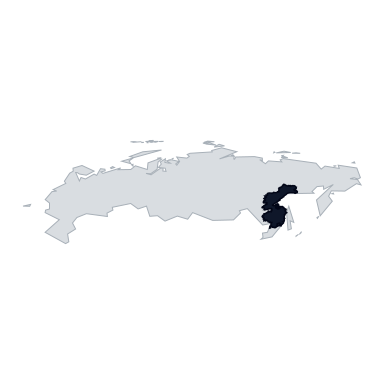 Russia, with Khabarovsk highlighted
{"feature_id": "RUS-2614", "entity_name": "Khabarovsk", "entity_type": "Territory", "adm_level": 1, "iso_a3": "RUS", "parent_name": "Russia", "parent_adm1": "", "projection": "robinson", "projection_center": [136.924, 54.6], "detail": "fine", "context": "in_parent", "style": "filled", "palette": "ink", "viewbox_px": 384, "rotation_deg": 0, "n_neighbors": 0, "source": "natural_earth", "source_scale": "10m", "svg_char_len": 9463}
<svg xmlns="http://www.w3.org/2000/svg" viewBox="0 0 384 384"><path d="M272.0,236.9L261.0,239.2L263.0,237.4L262.5,233.1L267.4,232.3L271.1,223.4L262.7,225.0L247.3,208.6L239.4,210.7L240.5,213.0L233.5,219.9L212.7,220.4L192.6,212.6L187.7,219.2L177.3,216.1L165.0,221.1L157.5,215.7L149.8,216.3L146.5,206.1L138.1,208.9L130.7,203.5L112.3,207.3L112.9,210.1L107.0,213.1L107.4,216.5L86.4,213.7L76.9,217.5L72.5,223.0L75.6,229.0L67.6,234.0L68.8,241.8L65.6,243.6L45.1,232.3L59.3,219.7L45.1,212.6L45.6,210.1L49.5,209.0L49.5,203.0L45.2,199.6L52.0,191.6L56.7,191.1L53.1,189.6L65.8,183.4L64.4,181.2L69.7,173.2L73.2,171.2L73.0,168.2L82.0,165.5L94.1,171.1L86.3,175.2L79.3,174.0L77.5,172.7L75.7,172.5L79.4,181.0L81.0,177.5L85.4,179.0L94.1,174.1L96.7,175.4L100.5,168.7L104.9,169.2L105.2,170.8L101.0,171.9L102.9,173.4L120.7,167.9L118.4,169.7L130.8,169.5L135.4,165.8L147.3,169.5L148.0,162.9L159.7,158.6L161.7,159.1L158.1,162.0L157.1,169.2L150.7,173.7L146.0,173.4L151.1,174.8L160.4,168.3L163.1,168.0L162.9,171.0L166.0,171.4L165.2,168.2L158.4,167.4L161.3,164.1L160.3,162.0L165.4,158.8L164.9,162.4L169.1,163.2L170.4,163.2L166.3,160.9L171.4,159.8L178.8,161.4L175.7,164.0L176.8,165.2L179.6,161.5L176.7,157.0L186.9,158.1L189.3,156.4L187.2,154.5L190.0,153.3L212.2,151.9L211.7,150.5L221.6,147.8L236.8,151.7L219.5,158.9L229.4,156.0L234.2,156.2L233.8,158.8L234.0,159.2L234.6,159.2L235.8,157.0L254.4,156.6L262.3,158.1L262.4,160.5L259.7,159.7L265.4,163.7L268.5,160.9L281.8,161.9L280.2,159.9L283.1,158.6L316.0,163.2L321.2,169.1L325.0,166.1L339.2,168.4L338.2,165.2L356.8,168.0L360.4,177.7L357.9,179.0L354.2,177.7L350.0,178.7L357.5,179.6L361.0,184.9L356.4,183.7L344.9,191.1L331.3,190.9L328.6,196.2L332.3,201.2L320.2,215.8L316.5,200.0L333.3,184.5L323.7,189.3L323.4,186.0L317.0,186.6L312.0,191.5L314.0,193.2L286.8,193.7L272.5,205.0L285.9,209.3L283.4,223.0L272.0,236.9ZM161.5,150.0L133.9,157.6L129.7,156.5L142.8,151.8L161.5,150.0ZM288.8,206.2L293.8,222.4L290.1,220.8L291.4,228.8L288.0,230.1L286.6,212.2L288.8,206.2ZM121.7,161.2L133.4,157.9L129.0,160.9L130.9,163.7L121.7,161.2ZM276.2,152.9L284.0,151.2L290.7,152.5L276.2,152.9ZM209.3,142.7L216.0,145.1L205.5,144.0L209.3,142.7ZM207.7,141.1L214.4,141.7L204.0,142.3L207.7,141.1ZM219.1,144.3L224.5,145.9L214.1,147.1L219.1,144.3ZM292.1,153.2L296.0,152.8L300.2,153.3L292.1,153.2ZM23.0,206.1L30.6,204.4L29.7,206.3L23.0,206.1ZM136.9,142.0L141.4,141.7L132.5,142.4L136.9,142.0ZM283.5,156.3L287.8,157.8L281.1,157.4L283.5,156.3ZM114.5,167.5L111.1,168.6L110.5,167.8L112.6,166.6L114.5,167.5ZM145.4,141.5L149.6,141.2L151.1,141.5L145.4,141.5ZM158.3,141.4L155.7,142.2L153.2,141.9L154.4,141.4L158.3,141.4ZM161.9,141.6L158.8,141.5L163.6,141.3L161.9,141.6ZM133.0,164.3L133.0,166.1L131.6,164.8L133.0,164.3ZM207.2,143.1L204.2,143.6L202.9,142.9L207.2,143.1ZM148.7,140.6L153.7,140.4L151.4,140.9L148.7,140.6ZM354.9,163.1L352.3,162.8L354.3,161.8L354.9,163.1ZM133.8,141.6L136.5,141.8L130.5,141.8L133.8,141.6ZM160.3,157.9L157.1,158.2L160.4,157.8L160.3,157.9ZM232.9,154.7L233.9,155.8L231.8,155.2L232.9,154.7ZM336.4,165.8L334.5,166.3L333.4,165.8L336.4,165.8ZM151.3,142.3L149.4,142.1L152.7,142.3L151.3,142.3ZM152.3,141.0L153.1,141.5L150.8,141.1L152.3,141.0ZM301.5,231.6L301.0,232.8L299.3,234.4L301.5,231.6ZM147.6,142.3L148.5,142.8L146.6,142.7L147.6,142.3ZM171.3,159.6L168.8,160.0L168.4,160.0L171.3,159.6ZM333.7,194.0L331.9,193.7L333.4,193.1L333.7,194.0ZM283.2,155.4L282.3,156.2L281.8,155.6L283.2,155.4ZM277.6,204.0L277.9,205.5L276.9,205.1L277.6,204.0ZM318.8,216.3L317.4,218.4L316.9,217.7L318.8,216.3ZM143.9,142.4L141.8,142.6L141.3,142.4L143.9,142.4ZM173.6,158.1L172.6,158.9L172.3,158.7L173.6,158.1ZM274.9,152.3L273.7,152.8L274.1,151.8L274.9,152.3ZM296.0,236.0L298.5,234.3L296.0,236.3L296.0,236.0Z" fill="#d9dde1" stroke="#a8b0b8" stroke-width="1"/><path d="M271.2,223.4L270.5,223.1L271.3,223.1L271.6,223.0L271.8,222.5L270.9,222.5L270.5,222.1L270.2,222.3L269.5,222.4L269.1,222.0L268.1,221.8L267.8,220.8L267.0,220.7L266.9,220.3L266.0,220.5L266.1,220.2L265.5,220.0L265.2,220.3L265.1,220.7L264.7,220.4L263.9,220.7L264.0,220.1L264.1,219.6L263.7,219.3L264.0,219.2L264.1,218.8L263.6,218.5L263.7,218.3L264.0,218.1L263.7,217.5L263.4,217.6L263.3,217.3L262.8,217.4L262.7,217.2L263.1,216.9L262.9,216.6L262.5,216.6L262.4,216.8L262.2,216.7L262.7,216.0L262.6,215.7L262.9,215.6L263.2,215.0L263.5,215.0L263.8,214.7L264.2,214.7L264.0,213.8L266.0,213.5L266.3,213.3L266.3,213.0L266.5,213.0L266.7,212.7L267.2,212.4L268.0,212.5L268.5,212.2L268.1,211.7L268.1,211.2L268.3,211.0L269.5,211.5L271.2,211.7L271.2,211.4L271.5,211.1L271.2,210.9L271.4,210.8L271.2,210.7L271.3,210.5L271.3,210.3L271.7,209.9L271.7,209.6L271.9,209.4L271.6,209.2L271.8,208.9L271.1,208.4L270.8,208.5L269.9,208.9L268.9,208.6L268.1,208.9L268.0,209.3L265.7,209.5L265.2,209.8L265.2,209.5L264.3,209.5L264.5,209.3L264.3,208.0L263.6,207.9L263.2,208.0L262.1,207.6L262.3,207.0L262.8,206.6L263.6,206.5L263.9,205.8L263.9,205.6L265.6,204.9L265.5,204.6L265.8,204.4L266.5,204.4L266.4,204.0L266.9,204.0L267.1,203.8L267.1,203.6L267.7,203.5L267.3,203.4L267.0,203.2L266.8,202.7L266.5,202.6L265.3,202.9L263.7,202.9L263.4,202.7L263.3,202.1L263.5,201.5L263.8,201.3L263.9,200.7L264.3,200.5L264.5,200.7L264.7,200.4L265.0,200.5L264.9,200.6L265.1,200.6L265.0,200.4L265.1,200.1L265.4,199.9L265.3,199.6L264.6,199.0L264.7,198.9L264.3,198.7L264.1,198.8L263.9,198.5L264.3,198.3L264.8,198.5L265.0,198.3L265.0,198.0L265.3,197.8L265.2,197.6L265.8,197.6L266.0,197.3L265.4,196.8L265.5,196.6L265.1,196.4L264.8,196.0L265.3,196.0L266.0,196.4L265.9,196.1L266.0,195.9L266.3,195.8L266.4,195.5L266.2,195.1L266.8,195.1L266.7,195.0L267.1,194.7L267.1,194.3L267.2,194.0L267.7,194.0L267.8,193.8L267.7,193.7L267.7,193.4L269.0,193.0L270.2,193.0L271.2,193.3L271.7,193.1L271.9,193.4L272.6,193.4L273.1,192.7L273.8,192.3L274.5,192.6L275.9,192.7L277.3,192.2L277.6,191.7L278.4,191.5L278.5,191.9L278.9,191.8L278.8,191.5L279.0,191.1L278.8,190.4L279.1,190.0L278.9,189.7L279.3,189.2L278.8,188.7L279.1,188.4L279.0,188.1L279.8,187.9L279.7,187.7L279.9,187.5L280.3,187.6L280.6,187.2L281.5,187.1L281.8,186.7L282.3,186.2L282.4,185.8L283.0,185.6L283.1,184.8L283.6,184.7L283.8,184.3L284.5,184.5L285.0,184.6L285.5,185.3L285.9,185.6L286.2,185.5L286.8,185.5L287.0,185.8L287.3,186.1L287.8,185.9L288.4,186.0L288.7,185.5L288.9,185.5L289.2,185.7L289.7,185.7L289.6,185.9L289.8,186.1L290.3,185.8L290.4,186.4L290.9,186.5L291.6,186.1L291.6,185.8L291.9,185.7L292.4,185.6L292.8,185.8L293.4,185.9L293.9,185.6L294.9,186.0L295.7,186.7L295.8,187.2L296.2,187.3L296.0,187.6L296.2,187.8L296.2,188.1L296.2,188.4L296.1,188.5L295.7,188.6L295.7,189.1L295.6,189.3L294.8,189.1L293.8,189.8L294.0,190.0L294.4,190.5L295.6,190.3L295.8,190.7L296.2,190.7L296.2,191.0L296.5,191.3L296.9,191.1L297.2,191.3L297.3,191.7L297.1,191.8L297.3,192.0L297.2,192.6L296.7,192.7L295.9,192.5L295.6,192.6L295.7,193.1L295.1,193.3L294.6,193.1L294.9,192.6L294.6,192.6L294.3,192.5L292.9,192.7L290.6,192.6L289.8,192.8L289.1,192.7L287.3,193.4L286.8,193.7L285.9,194.7L284.2,195.7L283.7,196.8L282.7,197.2L282.2,197.8L281.9,197.9L281.5,198.3L281.0,198.4L280.4,198.8L280.3,199.1L279.8,199.2L279.7,199.7L279.4,199.6L279.0,200.2L278.8,200.3L278.8,200.5L279.0,200.6L278.6,200.7L278.3,200.9L277.9,201.5L277.3,201.7L277.2,202.0L277.0,201.9L275.9,202.8L275.1,203.0L274.6,203.7L273.1,204.4L272.5,204.9L272.6,205.4L273.5,205.5L273.7,205.8L275.4,205.7L275.6,205.4L275.7,205.6L276.0,205.5L276.0,205.9L276.0,206.1L275.8,206.2L276.0,206.5L275.8,206.6L276.0,206.9L275.6,207.5L275.7,207.9L275.9,208.0L276.3,207.7L276.6,207.9L276.8,207.8L277.0,207.2L276.7,207.2L276.5,206.9L277.2,206.5L278.0,206.4L277.4,207.1L277.3,206.9L277.0,207.0L277.6,207.5L278.2,207.4L277.7,207.8L277.4,208.3L276.8,208.5L277.1,208.7L278.4,208.5L278.9,208.3L279.2,208.1L279.3,207.6L279.8,207.3L279.8,207.8L279.0,208.8L279.5,208.7L280.0,208.1L280.2,207.3L280.2,207.0L280.1,206.7L279.9,206.5L281.3,206.8L282.3,206.5L282.5,206.7L283.4,207.2L283.4,207.3L283.6,207.4L283.4,207.7L284.1,208.3L285.3,208.8L285.0,208.8L284.9,208.9L286.0,209.3L285.9,209.5L286.0,209.5L285.9,209.9L285.5,210.0L284.8,209.8L284.5,209.8L285.0,210.0L285.3,210.5L285.7,210.5L285.8,211.1L285.4,211.7L286.4,212.5L285.9,212.6L285.8,212.9L286.1,213.1L285.6,213.4L285.4,213.8L285.0,214.0L285.0,214.3L284.8,214.4L285.0,214.5L284.9,214.7L284.5,214.8L284.6,215.6L284.2,216.1L284.1,216.5L284.2,216.8L284.0,217.0L284.3,217.5L284.2,218.1L284.6,218.3L284.0,218.8L284.3,219.1L284.3,219.7L284.1,220.5L283.9,220.5L284.0,220.5L283.9,221.1L283.6,221.3L284.0,221.3L283.6,222.0L283.5,222.9L281.5,224.8L281.0,225.9L280.6,225.7L279.9,225.7L280.1,225.3L279.8,225.1L280.5,224.8L280.5,224.6L279.9,224.1L280.1,223.8L280.3,223.8L280.2,223.6L279.9,223.6L279.7,223.0L279.3,222.9L278.4,223.5L277.4,223.6L277.1,223.9L277.7,224.5L277.4,224.8L278.8,225.1L278.6,225.3L278.8,225.4L278.8,225.5L277.4,226.4L276.5,226.2L276.3,226.6L276.3,227.0L275.5,227.6L274.7,227.7L274.3,227.4L274.0,227.6L273.5,227.3L273.5,227.2L272.7,227.3L272.8,226.9L272.5,226.6L272.0,226.5L271.8,226.7L271.5,226.6L271.1,226.7L270.8,227.1L270.6,227.2L270.5,227.9L269.6,228.1L269.7,227.1L270.1,226.7L269.9,226.3L270.0,226.1L270.8,225.7L271.3,225.0L270.9,224.1L271.2,223.4ZM278.3,204.5L279.0,204.5L278.5,204.7L278.5,205.1L277.9,205.6L277.4,204.9L276.9,205.2L277.6,204.0L278.4,204.2L278.5,204.3L278.3,204.5ZM276.7,204.2L276.5,204.7L275.7,204.8L276.0,204.5L276.7,204.2ZM277.9,206.3L278.3,205.9L278.1,206.3L277.9,206.3ZM277.7,205.8L277.8,206.2L277.6,206.2L277.5,205.9L277.7,205.8ZM278.9,205.4L279.0,205.3L278.9,205.4ZM281.2,205.7L281.3,205.6L281.2,205.7Z" fill="#0f172a" stroke="#020617" stroke-width="1.5"/></svg>